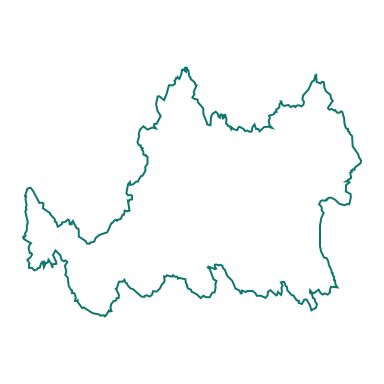 Cuautla, Jalisco, Mexico (Equal Earth projection)
{"feature_id": "50627088B81723111751248", "entity_name": "Cuautla", "entity_type": "district", "adm_level": 2, "iso_a3": "MEX", "parent_name": "Mexico", "parent_adm1": "Jalisco", "projection": "equal_earth", "projection_center": [-104.52, 20.204], "detail": "fine", "context": "isolated", "style": "outline", "palette": "teal", "viewbox_px": 384, "rotation_deg": 0, "n_neighbors": 0, "source": "geoboundaries", "source_scale": "gbopen_adm2", "svg_char_len": 5965}
<svg xmlns="http://www.w3.org/2000/svg" viewBox="0 0 384 384"><path d="M314.0,80.5L312.0,81.7L308.6,89.3L303.1,95.5L302.4,99.4L304.0,102.0L303.4,104.6L301.5,106.4L299.2,105.3L296.2,105.7L295.5,107.1L293.5,105.8L290.7,107.1L288.5,105.0L284.0,105.9L282.4,104.8L281.2,101.4L280.6,101.4L280.9,103.1L279.6,104.0L279.2,107.5L276.0,109.9L276.6,111.9L274.6,112.3L274.2,113.9L273.0,114.5L269.1,115.7L269.8,118.5L268.7,120.3L269.4,125.0L272.0,127.9L268.2,126.7L264.2,127.0L259.7,131.3L258.5,129.1L256.1,129.0L254.5,124.4L252.4,127.3L251.7,131.5L249.6,131.8L247.5,130.6L245.0,131.0L243.5,128.9L239.6,126.8L238.3,127.6L237.2,130.1L233.4,129.2L231.7,127.4L231.1,129.1L229.5,126.0L227.7,125.8L227.4,124.4L226.0,123.6L226.5,119.4L225.1,114.8L224.2,115.0L223.8,117.8L223.0,118.4L222.1,114.7L221.2,114.3L220.0,115.5L220.1,117.6L218.6,116.8L217.7,113.7L215.7,111.7L212.6,113.7L211.1,116.6L210.4,125.4L209.9,126.1L210.1,125.1L206.9,124.3L206.9,122.6L203.5,114.6L203.2,108.4L197.9,102.2L197.6,99.6L193.9,98.7L192.4,97.4L194.5,94.2L193.7,92.6L194.0,91.1L196.6,85.4L195.6,85.1L194.5,82.1L190.6,79.0L190.5,77.4L189.4,76.6L188.4,70.6L185.9,70.2L185.9,71.7L184.6,70.7L185.8,69.0L187.2,68.8L186.9,67.7L185.2,67.7L184.2,69.3L181.9,70.0L181.5,73.7L179.4,78.9L177.8,77.3L177.8,78.0L176.1,78.0L175.8,79.5L174.5,80.7L175.1,81.9L174.8,84.0L172.6,85.4L169.2,85.2L168.7,86.1L166.7,93.6L164.1,100.1L159.3,96.3L158.0,96.4L157.6,97.7L157.8,95.8L156.1,104.1L157.4,110.7L160.7,116.0L156.7,123.7L154.3,123.9L154.1,125.8L155.8,128.4L152.4,127.5L147.4,129.6L143.5,126.3L140.1,129.5L138.7,134.1L139.1,136.6L137.4,142.3L139.1,145.3L140.7,145.4L141.0,147.2L142.7,148.3L141.7,149.3L143.3,151.5L143.4,154.6L145.9,155.2L145.7,155.9L147.5,156.8L147.5,163.7L145.2,167.1L145.5,169.8L144.8,171.9L142.5,175.7L141.0,176.1L139.5,178.3L137.9,181.6L136.2,181.6L133.1,184.3L130.2,185.0L129.9,182.1L128.1,184.1L126.4,193.2L128.0,195.3L130.8,195.0L132.1,195.8L132.0,199.4L129.3,199.9L128.5,202.3L128.1,201.8L129.5,210.6L127.8,211.3L124.7,210.6L124.0,214.7L122.5,214.9L120.6,219.1L117.8,219.7L117.0,220.8L116.0,219.8L114.5,220.3L112.8,222.6L111.3,223.3L107.3,232.3L99.7,234.8L95.9,237.7L94.1,241.7L90.1,242.7L89.7,243.7L86.9,243.5L85.6,241.0L78.8,236.6L78.7,229.9L78.2,228.6L76.6,228.2L72.9,221.0L71.6,222.7L71.9,225.0L71.0,223.7L69.7,224.2L69.2,220.4L67.9,219.5L65.3,221.8L62.0,222.6L61.7,224.3L57.8,226.7L56.2,222.0L54.9,221.6L54.7,219.0L50.2,214.4L50.3,213.3L43.0,208.3L43.5,203.5L42.0,202.6L39.5,203.0L33.0,190.8L30.5,187.7L27.4,188.7L25.0,196.2L26.1,196.4L25.5,199.1L26.6,205.0L25.8,207.7L26.5,209.4L25.4,210.9L25.5,212.3L27.8,222.4L26.9,225.8L26.8,230.6L24.9,233.7L25.6,235.6L24.5,237.0L23.5,236.5L23.0,237.3L24.0,239.1L31.0,243.3L29.5,244.9L28.6,248.0L29.7,252.9L31.3,253.1L32.1,254.5L30.4,257.4L27.4,259.7L29.5,263.7L28.9,265.2L29.1,267.9L31.8,267.8L34.3,270.4L37.0,269.4L37.8,268.2L39.7,267.8L41.2,263.1L42.8,261.7L43.9,267.3L45.0,264.9L45.0,262.4L46.0,263.3L47.8,262.5L48.5,259.7L51.2,263.9L52.7,268.1L52.2,264.3L56.3,263.8L56.1,261.8L53.0,255.0L55.5,250.5L60.3,255.2L61.6,260.0L63.8,261.3L65.1,260.5L66.5,261.1L67.2,262.3L64.9,265.7L66.3,271.6L65.3,275.0L67.7,277.4L68.7,286.0L71.1,290.0L72.1,290.3L72.0,293.1L74.1,293.1L75.1,294.8L75.8,297.9L74.9,300.8L76.6,301.2L77.6,300.4L77.6,301.9L82.3,308.2L83.7,307.5L92.7,313.2L98.7,314.3L100.3,315.6L104.0,315.3L104.6,316.3L106.0,315.5L108.9,310.5L109.8,311.4L111.5,311.1L110.4,307.8L111.3,304.0L113.6,301.0L116.0,300.5L116.6,298.2L118.6,298.1L118.9,294.8L115.9,288.8L116.7,288.6L119.0,281.7L122.6,281.7L124.4,279.8L125.5,282.7L127.1,283.5L127.4,285.0L130.1,288.1L133.2,289.3L141.6,296.7L144.5,296.8L144.8,295.9L146.4,295.3L149.9,296.5L152.1,294.6L153.0,291.2L156.7,291.6L160.0,288.4L161.9,284.4L164.1,282.3L164.6,280.5L164.1,276.4L166.0,276.6L166.8,275.3L171.9,276.7L173.1,275.2L174.6,276.7L177.1,276.7L178.0,278.7L179.0,277.9L185.4,279.2L185.8,282.8L187.3,285.2L186.9,285.9L187.9,288.4L191.0,289.7L191.7,291.7L196.5,294.1L200.7,298.1L203.5,295.7L205.9,297.2L209.8,297.2L212.2,292.7L214.7,292.3L215.6,287.4L215.4,283.9L216.5,280.9L213.5,279.3L209.8,269.1L207.8,267.4L208.4,266.6L215.3,269.2L216.1,268.7L214.7,266.3L215.0,264.7L216.7,264.6L218.5,265.4L220.2,264.7L222.5,265.9L222.8,268.0L224.8,269.7L227.3,275.9L232.2,280.7L235.5,288.6L239.1,290.3L240.8,293.3L241.7,293.3L241.9,290.6L246.0,292.1L247.3,291.0L252.5,290.9L255.4,293.2L256.9,295.8L260.8,295.7L265.6,297.9L267.5,295.5L268.1,291.7L270.4,290.2L276.2,295.4L277.1,294.9L277.9,292.0L281.1,294.8L281.9,291.4L281.5,287.7L282.7,285.5L280.9,282.4L283.4,281.8L284.3,282.1L285.9,286.2L286.9,286.9L287.4,290.4L292.0,295.3L293.4,295.5L296.8,300.5L298.9,300.8L298.7,302.9L301.9,304.0L304.3,299.6L306.6,299.6L309.9,305.1L311.4,310.3L316.1,307.6L316.9,304.1L315.4,302.0L314.5,298.6L313.0,298.1L312.0,294.3L309.9,292.7L310.2,290.3L311.9,292.6L314.1,293.1L318.6,289.6L320.6,293.1L322.7,294.6L324.7,293.4L327.7,294.6L330.1,292.2L329.7,290.7L331.0,286.7L337.4,287.4L335.5,284.6L335.0,280.4L334.1,280.3L333.8,279.2L334.3,277.2L332.9,275.5L332.7,273.1L331.8,273.0L331.4,270.2L328.9,265.0L328.2,261.0L326.4,258.0L324.0,257.5L321.1,251.5L320.0,246.1L320.0,225.7L321.3,217.9L323.7,213.1L321.6,210.2L321.8,207.8L320.7,205.8L319.1,204.5L320.5,201.2L322.5,200.3L325.0,200.8L326.6,199.6L326.6,198.3L327.0,199.7L328.5,197.9L331.2,197.7L335.2,199.8L339.4,203.9L344.8,205.2L346.8,204.1L349.3,204.3L350.9,197.0L350.5,194.0L345.8,191.5L346.1,185.0L349.5,182.4L348.3,181.3L346.1,181.4L351.2,177.9L350.2,172.6L352.1,171.6L351.3,170.7L352.8,169.3L354.4,169.8L355.1,167.4L360.7,163.0L361.0,160.3L359.0,157.3L358.3,154.5L352.7,146.4L352.1,136.1L349.7,133.5L349.3,131.9L348.2,131.5L348.1,129.1L346.7,128.8L345.5,127.1L344.4,122.9L344.2,118.6L342.3,112.1L341.2,111.4L339.0,112.8L336.9,112.6L335.2,110.0L334.1,110.6L331.8,108.9L329.5,109.7L328.3,108.6L328.0,107.7L332.8,100.7L331.0,98.5L330.4,94.8L326.0,91.3L324.4,87.7L323.9,82.3L322.1,81.7L320.6,83.4L316.5,81.9L316.2,74.9L315.4,75.3L314.0,80.5Z" fill="none" stroke="#0f766e" stroke-width="2"/></svg>